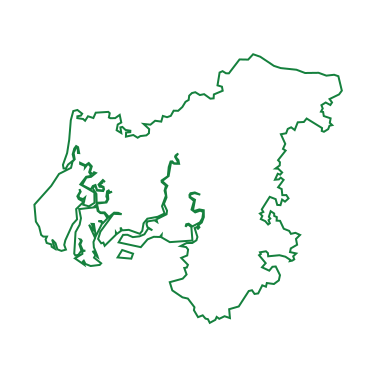 outline of Remedios, Chiriquí, Panama, rotated 85°
{"feature_id": "35544464B82986872921628", "entity_name": "Remedios", "entity_type": "district", "adm_level": 2, "iso_a3": "PAN", "parent_name": "Panama", "parent_adm1": "Chiriquí", "projection": "mercator", "projection_center": [-81.789, 8.225], "detail": "fine", "context": "isolated", "style": "outline", "palette": "green", "viewbox_px": 384, "rotation_deg": 85, "n_neighbors": 0, "source": "geoboundaries", "source_scale": "gbopen_adm2", "svg_char_len": 6091}
<svg xmlns="http://www.w3.org/2000/svg" viewBox="0 0 384 384"><g transform="rotate(85 192 192)"><path d="M100.3,299.0L101.0,303.2L110.0,306.5L129.4,309.8L142.3,313.0L153.7,318.2L157.3,317.9L157.7,315.7L153.9,313.1L149.6,306.7L144.1,307.6L138.5,305.5L136.1,303.4L137.4,301.6L143.4,301.0L143.2,302.2L137.7,302.0L136.7,303.1L142.8,306.5L149.2,306.0L151.4,308.4L157.4,310.4L162.4,322.9L173.6,331.7L190.9,350.1L207.9,350.1L213.3,347.3L221.6,346.0L223.5,344.0L223.8,340.4L226.5,342.0L230.1,341.2L231.9,336.7L234.3,336.6L236.6,333.5L227.2,335.5L231.1,332.4L237.4,331.1L239.3,327.2L238.4,322.6L233.6,323.9L229.1,322.4L213.7,313.7L209.2,308.9L198.9,308.9L192.3,300.8L189.1,305.5L186.3,306.6L181.8,303.4L179.3,303.9L182.0,302.9L185.3,305.2L187.9,305.1L189.6,301.0L188.2,299.1L195.2,301.4L197.3,295.9L194.3,290.1L184.0,289.3L174.7,302.6L167.6,296.1L167.1,290.8L163.3,292.7L158.0,290.6L154.7,293.1L158.4,296.5L156.9,296.2L154.3,301.0L153.1,300.9L156.1,295.8L154.1,292.3L157.7,289.6L163.7,292.0L165.4,288.5L163.8,287.8L164.7,286.1L168.1,291.2L168.4,296.0L175.4,300.9L180.6,292.6L177.4,290.3L176.6,287.6L181.7,286.4L182.6,281.3L182.0,280.0L179.4,280.1L178.7,283.6L176.4,284.4L172.3,279.7L174.4,277.8L172.9,279.8L175.0,280.5L176.8,283.8L179.2,279.7L181.6,279.4L183.3,280.4L182.3,286.5L177.3,287.9L179.3,290.8L185.6,287.4L194.4,287.9L194.8,279.0L191.8,276.9L189.0,277.7L183.9,276.5L183.2,274.9L185.1,273.9L184.7,271.6L185.8,274.7L183.8,274.9L184.3,276.0L191.8,276.0L195.0,278.1L195.2,286.6L198.3,291.0L197.9,287.4L202.7,286.8L204.4,284.8L204.7,280.8L209.7,277.0L205.8,271.4L206.3,267.4L208.0,264.0L206.9,272.1L223.5,286.7L230.6,289.6L235.2,286.9L234.7,284.7L238.0,283.7L227.9,271.5L225.6,271.3L227.2,270.5L224.5,266.1L221.1,266.3L224.1,264.9L224.2,258.3L229.1,247.6L226.3,244.9L219.0,243.0L214.7,238.8L213.7,228.3L211.0,221.2L203.5,223.1L193.4,218.3L188.3,219.2L183.4,217.4L179.5,221.3L177.9,221.3L174.2,214.7L165.1,213.0L159.8,210.7L159.7,209.1L161.9,207.2L162.2,202.8L155.5,205.8L154.2,205.2L152.4,202.4L155.6,205.3L159.0,202.8L162.8,202.4L162.3,207.3L160.2,210.2L174.1,213.9L178.5,220.8L183.6,216.0L187.4,218.2L195.3,217.9L201.4,221.0L208.4,218.5L212.0,219.3L216.2,229.9L218.8,229.4L216.9,231.9L217.4,238.8L219.7,240.1L223.0,239.5L226.7,234.8L224.3,238.7L230.0,243.1L231.6,248.1L231.8,254.9L229.0,260.0L228.7,264.4L235.8,269.5L242.5,247.8L235.3,240.4L233.3,234.0L234.0,228.0L232.0,226.0L234.4,226.5L240.0,218.5L240.4,195.8L226.8,195.7L223.9,198.9L226.0,201.5L223.6,200.5L223.3,198.1L226.3,194.6L223.0,186.8L219.1,184.0L212.9,182.5L211.3,185.5L212.6,190.6L209.5,194.0L201.1,190.8L197.1,194.8L194.7,194.8L193.1,193.6L192.7,189.2L195.4,184.0L193.4,189.5L194.4,194.2L196.9,194.1L200.0,189.7L209.9,192.5L211.1,191.3L210.0,186.3L211.2,181.9L218.0,182.4L223.2,184.9L225.8,188.8L227.8,187.7L229.7,189.8L226.8,188.6L228.2,192.5L237.3,190.5L240.5,191.8L242.8,196.1L242.4,201.9L244.9,208.1L246.4,202.6L249.0,200.9L254.8,202.3L256.7,208.5L264.2,202.4L266.8,203.8L267.0,206.3L273.7,204.6L277.5,208.8L279.9,222.0L288.3,220.2L296.1,210.7L297.8,205.4L307.0,199.6L309.9,200.4L317.2,196.9L315.8,192.1L319.3,189.6L320.1,187.2L323.9,185.7L321.4,179.9L318.6,178.3L320.7,175.9L318.6,170.4L320.9,165.2L312.0,165.2L310.1,155.4L295.6,144.1L295.1,140.8L299.0,138.6L298.8,134.9L291.1,130.1L292.8,126.6L289.2,125.4L290.8,118.4L287.6,113.2L282.5,111.6L273.5,115.1L273.5,118.4L277.1,121.9L273.1,128.8L269.3,124.8L260.8,130.7L259.8,128.8L258.0,129.5L257.5,123.5L259.5,121.7L262.7,121.7L262.6,110.4L264.6,104.6L268.2,100.0L269.4,100.6L269.1,98.1L268.0,96.0L264.9,96.8L262.3,93.5L260.4,99.6L256.8,98.5L253.7,91.9L247.8,92.5L244.2,88.1L241.7,92.5L242.3,97.1L239.2,98.6L236.6,103.8L228.4,106.8L227.9,110.2L224.4,109.7L223.0,112.2L220.6,112.0L218.0,115.3L223.4,117.6L225.3,116.3L226.7,118.2L229.9,117.2L231.0,119.0L227.4,121.6L225.0,125.8L222.0,124.0L219.4,126.2L218.1,122.7L215.4,124.0L203.6,115.0L206.4,109.3L212.3,108.2L212.8,105.0L207.4,102.9L209.7,100.2L206.8,96.4L203.3,98.3L203.0,102.3L196.9,102.4L194.8,105.8L187.9,99.7L185.4,102.4L187.0,104.3L187.0,108.3L181.3,105.0L182.4,102.6L180.4,100.5L176.3,104.1L175.9,106.8L173.2,102.3L170.0,101.8L167.8,103.5L158.9,95.1L157.0,97.6L152.2,94.9L142.2,98.4L141.7,93.1L137.5,91.1L136.2,87.6L139.2,84.3L131.8,80.6L132.0,74.5L128.8,71.4L139.6,56.9L142.5,57.4L143.5,55.3L141.2,50.8L138.0,49.3L137.6,46.5L135.1,48.7L130.7,47.5L127.8,54.1L123.7,54.4L123.2,56.5L120.2,54.5L116.8,55.5L114.5,51.0L117.4,46.6L115.0,44.7L111.4,46.9L107.6,37.0L104.1,33.9L89.4,36.1L87.6,40.2L87.8,48.0L84.3,55.5L83.3,69.0L79.3,77.3L76.3,92.8L73.5,99.4L63.2,112.2L60.1,119.1L65.0,124.5L64.1,133.1L77.0,144.9L76.7,147.8L74.3,151.0L75.4,154.1L88.0,157.3L89.7,153.0L93.8,152.6L96.7,161.7L100.6,162.3L100.6,165.6L95.6,171.4L96.1,175.7L92.9,180.0L93.4,183.4L95.8,186.4L100.0,187.3L101.6,190.6L106.5,194.2L109.9,198.7L109.4,203.2L114.3,206.5L115.3,210.3L113.7,214.4L119.2,216.5L117.8,222.5L121.3,227.5L120.0,234.3L125.6,229.2L129.7,229.8L131.6,232.5L131.8,238.6L133.2,241.4L130.1,245.5L131.1,253.0L127.0,252.5L127.0,248.3L125.6,248.1L124.4,252.8L121.1,255.7L121.4,257.7L127.1,257.3L123.9,261.7L118.3,260.1L116.6,256.4L108.9,257.3L111.7,262.1L111.4,266.8L110.5,268.3L106.3,267.1L104.9,268.4L104.6,281.0L109.7,283.8L107.5,289.0L111.7,292.3L109.8,294.1L108.4,299.8L106.6,299.6L106.2,296.0L104.4,294.6L100.3,299.0ZM212.8,287.9L213.0,284.9L215.1,283.3L210.8,278.5L205.6,281.1L205.0,285.1L202.7,287.6L198.7,288.0L199.2,305.9L208.4,304.9L214.8,306.8L221.8,311.5L243.2,314.7L245.1,313.7L244.6,310.6L240.7,307.3L234.2,308.8L231.1,306.7L229.4,307.7L229.7,306.8L231.1,306.1L234.6,307.9L240.7,305.8L241.2,303.4L241.5,306.4L244.1,306.6L247.9,314.4L255.0,305.8L251.8,306.8L251.0,305.8L254.4,304.4L256.9,299.4L256.6,290.3L255.1,288.7L248.9,295.3L246.4,293.7L242.1,296.2L245.0,292.6L238.5,294.6L233.2,294.5L229.4,292.5L215.6,297.4L221.0,294.2L218.6,293.4L215.0,294.7L215.3,292.5L227.6,291.7L215.9,284.5L213.9,284.9L212.8,287.9ZM250.7,271.8L253.1,258.3L248.3,256.1L243.7,266.6L250.7,271.8ZM246.5,292.2L248.3,292.2L248.8,291.6L246.5,292.2ZM221.4,292.4L222.1,292.7L222.3,292.4L221.4,292.4Z" fill="none" stroke="#15803d" stroke-width="2"/></g></svg>